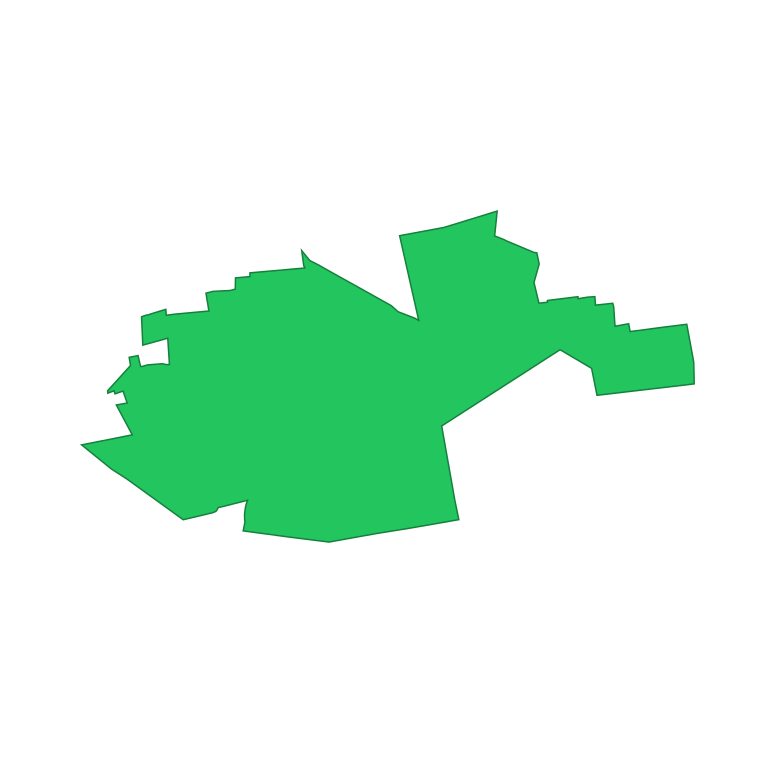 the district of Kopomá, Yucatán, Mexico, rotated 163°
{"feature_id": "50627088B35355402430681", "entity_name": "Kopomá", "entity_type": "district", "adm_level": 2, "iso_a3": "MEX", "parent_name": "Mexico", "parent_adm1": "Yucatán", "projection": "mercator", "projection_center": [-89.902, 20.644], "detail": "fine", "context": "isolated", "style": "filled", "palette": "green", "viewbox_px": 768, "rotation_deg": 163, "n_neighbors": 0, "source": "geoboundaries", "source_scale": "gbopen_adm2", "svg_char_len": 1508}
<svg xmlns="http://www.w3.org/2000/svg" viewBox="0 0 768 768"><g transform="rotate(163 384 384)"><path d="M350.3,251.7L341.1,327.0L205.6,365.3L180.9,338.3L183.6,310.9L87.3,293.4L84.3,304.0L81.5,314.0L81.0,317.6L77.0,352.6L96.0,355.9L96.2,356.0L133.3,362.2L132.4,370.1L146.2,371.7L141.8,390.5L141.6,394.3L158.7,397.6L156.8,405.9L164.2,407.6L173.4,408.8L173.0,410.8L203.3,416.1L203.7,414.4L212.2,416.0L210.9,437.2L200.5,453.4L199.5,464.8L202.3,466.1L225.1,485.1L227.1,487.1L228.8,488.4L228.9,488.5L232.9,491.7L234.9,493.2L225.2,516.3L253.4,516.2L281.1,516.2L325.7,521.3L332.2,434.7L335.4,438.0L349.4,449.0L354.2,456.9L403.6,508.3L410.7,515.8L411.1,516.2L411.1,516.3L418.9,523.8L423.7,535.6L426.2,520.3L425.5,518.7L425.8,518.1L479.7,529.5L480.8,525.9L495.0,528.9L498.5,518.2L503.7,518.4L520.6,522.6L527.7,522.9L530.1,505.0L563.3,511.9L572.1,513.4L570.8,519.2L584.0,519.2L589.8,519.1L590.9,519.4L596.2,519.2L603.3,491.7L577.4,491.0L583.5,465.4L586.1,466.0L590.0,468.2L604.5,471.4L610.5,471.5L611.7,472.0L610.9,483.1L619.9,484.0L621.0,475.8L650.3,458.3L650.8,456.0L644.2,456.4L644.1,453.2L635.6,453.5L635.2,440.9L646.1,442.2L639.6,409.0L691.0,414.2L669.4,382.2L657.8,368.5L615.7,312.9L585.5,311.0L582.2,311.3L581.2,311.8L578.6,314.3L575.0,314.0L548.5,312.7L551.0,309.3L552.9,305.9L555.5,300.1L557.0,294.8L557.2,292.9L561.6,284.7L520.0,265.6L483.2,249.1L482.7,248.9L472.5,247.7L467.5,247.1L467.4,247.1L435.8,243.3L400.9,238.5L352.1,232.4L350.3,251.7Z" fill="#22c55e" stroke="#15803d" stroke-width="1.5"/></g></svg>